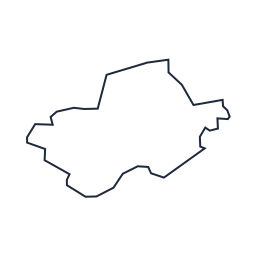 the district of Yirol West, Lakes, South Sudan, rotated 166°
{"feature_id": "79223893B91549387440575", "entity_name": "Yirol West", "entity_type": "district", "adm_level": 2, "iso_a3": "SSD", "parent_name": "South Sudan", "parent_adm1": "Lakes", "projection": "albers", "projection_center": [30.461, 6.386], "detail": "fine", "context": "isolated", "style": "outline", "palette": "slate", "viewbox_px": 256, "rotation_deg": 166, "n_neighbors": 0, "source": "geoboundaries", "source_scale": "gbopen_adm2", "svg_char_len": 628}
<svg xmlns="http://www.w3.org/2000/svg" viewBox="0 0 256 256"><g transform="rotate(166 128 128)"><path d="M152.7,154.1L166.1,157.1L175.6,160.7L193.2,161.1L200.4,157.4L200.3,149.4L217.1,154.2L228.2,143.4L229.4,138.2L213.5,127.7L216.7,116.9L195.9,97.3L199.9,92.5L201.1,87.3L185.9,71.6L175.2,69.2L156.5,73.6L144.1,84.9L127.8,88.5L117.8,85.3L116.6,78.5L105.1,71.2L58.5,89.7L62.4,92.5L60.4,102.1L52.9,109.7L49.3,105.7L40.9,105.7L38.9,115.7L29.0,112.5L26.6,114.5L27.4,121.2L30.5,126.1L29.4,132.4L58.9,134.5L65.3,156.9L75.2,172.1L72.3,184.5L93.7,186.8L135.9,184.8L152.7,154.1Z" fill="none" stroke="#1e293b" stroke-width="2"/></g></svg>